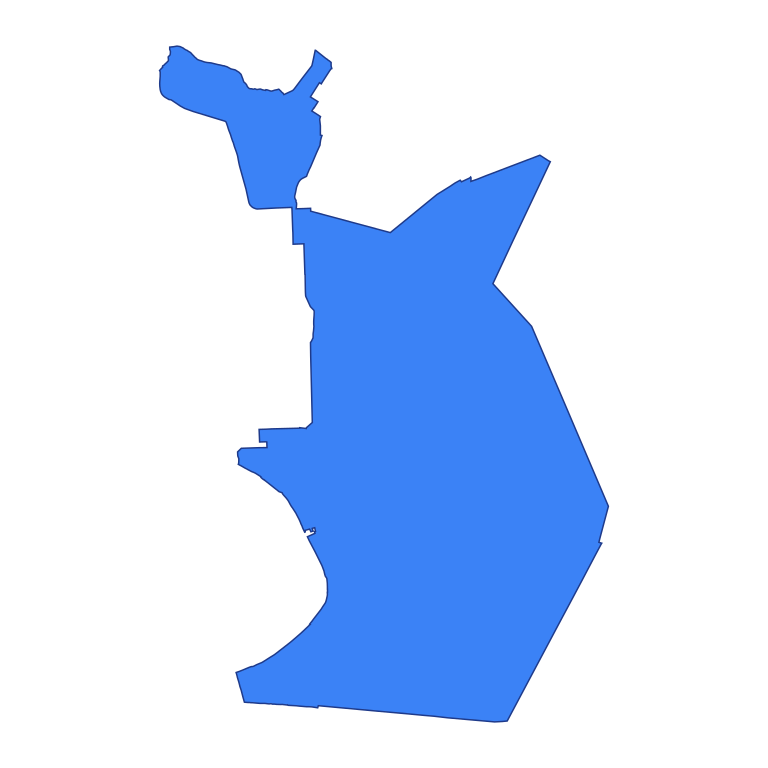 outline of Hilversum, Noord-Holland, Netherlands
{"feature_id": "6326949B10155979142139", "entity_name": "Hilversum", "entity_type": "district", "adm_level": 2, "iso_a3": "NLD", "parent_name": "Netherlands", "parent_adm1": "Noord-Holland", "projection": "mercator", "projection_center": [5.144, 52.232], "detail": "fine", "context": "isolated", "style": "filled", "palette": "blue", "viewbox_px": 768, "rotation_deg": 0, "n_neighbors": 0, "source": "geoboundaries", "source_scale": "gbopen_adm2", "svg_char_len": 5859}
<svg xmlns="http://www.w3.org/2000/svg" viewBox="0 0 768 768"><path d="M608.4,506.3L566.3,407.5L553.4,377.3L531.6,326.3L492.9,283.7L513.2,240.2L535.8,192.5L550.3,161.7L548.2,160.6L539.9,155.2L486.3,175.6L477.0,179.3L470.9,181.4L471.0,178.5L470.9,177.6L470.9,177.3L470.6,177.0L470.3,177.5L469.7,177.9L469.0,178.3L461.5,181.8L460.2,180.2L457.6,181.6L455.2,182.9L451.3,185.5L451.1,185.7L437.1,194.4L390.3,232.6L376.1,228.8L310.7,211.2L310.6,208.3L303.5,208.6L296.2,208.8L296.4,206.9L296.6,204.0L296.5,202.9L296.4,202.5L296.0,201.9L296.0,200.3L295.4,199.3L294.9,198.4L294.7,197.3L294.7,196.1L295.1,194.3L295.5,192.6L296.5,187.6L296.6,187.1L298.0,183.6L298.4,182.7L298.7,182.1L299.9,180.4L300.8,179.5L301.6,178.9L302.6,178.3L306.4,176.4L306.7,176.0L307.2,174.4L309.3,169.4L310.5,167.0L311.7,164.2L316.4,153.1L320.0,145.1L320.1,143.6L320.6,140.2L321.2,137.8L322.0,135.5L320.4,135.1L320.4,125.8L319.7,119.6L319.7,119.1L319.9,118.4L320.5,116.6L315.2,113.1L311.8,111.0L313.7,108.1L313.8,107.9L314.0,108.0L317.0,103.3L318.0,101.7L310.4,96.9L319.4,82.7L321.3,83.9L321.5,83.6L321.5,83.4L329.7,70.7L331.1,68.8L331.8,68.6L331.8,68.3L331.3,66.8L331.1,65.3L331.1,62.8L331.1,62.5L331.1,62.4L329.2,60.8L328.3,60.3L327.3,59.4L325.9,58.5L315.6,50.3L315.2,50.3L313.4,59.0L312.0,65.2L311.7,66.0L307.4,71.6L303.3,76.9L300.1,81.1L295.4,87.4L293.5,89.8L292.6,90.5L291.9,90.9L283.9,94.6L283.0,93.1L282.1,92.5L281.0,91.4L280.6,90.8L279.9,90.3L279.1,89.4L278.7,89.2L277.0,89.7L274.5,90.2L272.1,91.0L271.0,91.1L270.3,90.9L268.2,90.2L267.3,89.9L265.9,89.7L265.6,90.4L262.8,89.9L261.4,89.4L260.7,89.1L259.6,89.1L257.3,89.5L256.8,89.5L256.2,89.3L255.2,88.9L254.7,88.8L253.5,89.2L253.0,89.2L251.9,88.8L250.1,88.7L249.3,88.5L248.5,87.9L248.0,87.3L247.3,86.5L246.7,85.0L245.9,83.9L245.4,83.3L244.2,82.3L243.9,82.0L243.7,81.6L243.2,80.2L242.8,78.9L242.4,77.9L241.3,75.0L241.0,74.3L239.0,72.3L237.4,71.3L235.7,70.2L234.9,69.8L232.1,69.2L231.0,68.9L230.2,68.5L226.9,66.7L225.1,66.2L224.5,65.9L222.9,65.7L220.2,65.0L218.0,64.6L211.1,62.9L207.1,62.5L204.6,62.0L203.1,61.5L201.5,60.9L199.4,60.3L198.2,59.8L197.3,59.4L196.1,58.2L194.5,56.9L193.8,56.0L192.0,54.2L191.4,53.4L190.3,52.4L188.9,51.6L188.3,51.3L187.4,50.5L186.5,50.2L184.5,49.1L183.3,48.1L180.1,46.6L179.6,46.5L177.0,46.1L173.6,46.7L169.7,47.1L169.7,48.5L169.7,49.5L169.9,49.9L170.0,50.2L170.4,51.3L170.4,51.6L170.4,52.4L170.3,53.3L170.3,53.8L170.2,54.5L169.9,55.1L169.4,55.7L168.4,56.6L168.2,57.0L168.2,57.4L168.4,59.4L168.4,60.0L168.4,60.4L168.3,60.7L168.1,61.1L167.9,61.3L167.5,61.6L166.7,62.6L165.3,63.7L164.3,64.9L162.7,65.9L162.5,66.3L162.6,67.5L162.1,67.8L161.7,68.1L159.6,70.5L159.8,70.7L160.0,71.5L160.2,71.9L160.2,72.8L160.2,76.4L159.8,81.5L159.7,83.4L159.8,86.2L160.2,89.6L160.6,91.3L160.8,91.8L161.4,93.3L162.0,94.3L162.7,95.2L163.5,96.0L164.4,96.8L165.3,97.4L168.9,99.5L169.5,99.6L170.3,99.7L171.2,99.9L175.4,102.7L180.1,105.9L184.6,108.4L193.2,111.5L225.0,121.2L225.6,121.6L226.1,122.1L226.3,122.6L227.5,126.1L228.4,129.1L229.0,130.8L230.5,134.6L231.4,137.6L232.7,141.4L233.2,142.4L234.4,146.5L236.3,151.8L237.0,153.9L237.6,156.0L238.3,159.9L238.9,163.0L239.5,165.7L240.0,167.6L242.0,174.8L246.0,189.1L248.8,202.0L249.2,203.3L250.0,204.9L250.4,205.4L252.2,207.1L253.0,207.6L254.0,208.1L256.0,208.8L257.2,209.0L276.0,208.0L291.8,207.4L292.0,209.3L292.7,229.5L292.9,232.7L293.1,244.2L303.9,243.8L304.6,265.5L304.9,274.4L305.1,274.5L305.4,292.0L305.6,295.5L305.8,296.5L310.1,306.0L310.4,306.6L311.1,307.4L313.8,310.2L314.1,310.9L314.2,311.9L314.1,315.3L313.7,321.1L313.7,324.2L313.9,326.4L313.5,331.1L313.3,332.4L313.1,334.1L313.1,336.9L313.0,338.0L312.9,338.2L311.2,341.7L310.7,342.1L310.5,342.5L310.7,356.4L311.6,393.3L312.3,422.5L306.4,427.7L306.3,428.5L299.7,427.7L299.7,428.2L298.9,428.2L271.5,428.9L266.2,429.2L259.1,429.4L259.6,442.0L265.6,441.8L266.8,442.0L267.0,447.6L258.8,447.7L241.3,448.3L237.6,451.9L237.6,452.3L237.7,454.7L237.8,456.0L238.8,458.7L238.8,460.2L238.7,462.8L238.5,463.9L238.3,464.3L240.2,465.4L240.9,465.7L245.2,468.2L250.9,471.2L251.4,471.5L253.7,472.4L255.4,473.2L260.6,476.5L260.9,476.7L260.9,477.4L262.7,479.0L264.9,480.5L264.9,480.4L265.6,481.0L279.1,491.7L282.1,492.7L282.3,493.3L283.0,494.4L284.2,495.8L286.0,497.8L286.8,498.8L288.0,500.4L288.6,501.4L290.3,504.6L291.5,506.6L292.1,507.4L292.3,507.6L296.1,513.5L296.4,514.2L296.6,514.6L299.1,519.4L300.3,522.1L301.0,524.0L302.0,526.0L302.7,528.0L304.7,532.2L305.2,532.0L305.3,531.5L305.3,530.3L309.6,529.1L310.9,531.8L313.1,531.1L312.2,528.4L314.7,527.7L315.5,531.4L314.4,531.6L315.0,533.3L307.4,536.7L309.2,540.6L315.1,551.8L316.7,555.0L321.9,565.5L324.0,571.0L324.7,574.2L325.2,575.8L325.4,576.3L326.6,578.0L326.8,578.5L326.9,579.1L327.3,583.1L327.4,586.5L327.4,589.2L327.5,589.2L327.5,592.4L327.3,592.4L327.4,594.8L327.2,596.1L326.5,599.2L326.1,600.8L325.6,602.3L325.0,603.4L322.8,606.6L321.1,609.3L313.6,619.0L311.4,622.0L311.2,622.1L309.7,624.1L310.2,624.4L303.5,630.8L300.0,634.0L299.2,634.7L291.9,641.0L289.6,642.9L280.6,649.9L275.2,654.1L273.6,655.2L270.0,657.4L263.4,661.6L261.9,662.5L256.6,664.7L253.9,666.1L252.9,666.5L251.3,666.6L249.5,667.2L239.6,671.3L236.1,672.5L236.8,674.9L237.2,676.5L237.4,677.5L238.8,682.0L239.3,683.9L239.6,685.1L239.9,686.4L241.2,690.3L242.9,696.9L244.4,702.2L247.9,702.5L249.7,702.5L250.7,702.7L252.0,702.7L260.1,703.4L264.5,703.4L265.8,703.5L266.0,703.5L266.4,703.6L269.1,703.9L271.0,703.7L272.4,704.1L274.4,704.1L276.9,704.4L277.8,704.4L280.9,704.5L282.4,704.4L282.7,704.5L287.2,705.0L287.5,704.8L287.9,705.2L288.1,705.3L296.9,705.8L298.2,706.0L298.7,706.0L299.0,706.1L299.4,706.1L306.3,706.7L309.0,706.7L311.9,706.9L317.7,707.8L318.3,705.7L378.1,711.2L408.4,713.9L424.3,715.4L433.8,716.2L447.7,717.8L494.6,721.9L502.2,721.5L507.2,721.0L562.0,617.9L567.9,606.9L581.1,582.1L595.1,555.5L601.6,543.3L601.7,543.2L598.9,542.3L599.8,538.6L608.4,506.3Z" fill="#3b82f6" stroke="#1e3a8a" stroke-width="1.5"/></svg>